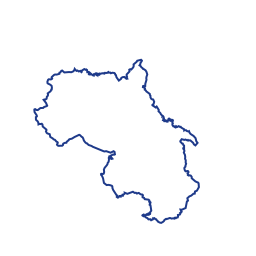 outline of Mezquital del Oro, Zacatecas, Mexico, rotated 125°
{"feature_id": "50627088B62290449256091", "entity_name": "Mezquital del Oro", "entity_type": "district", "adm_level": 2, "iso_a3": "MEX", "parent_name": "Mexico", "parent_adm1": "Zacatecas", "projection": "natural_earth1", "projection_center": [-103.336, 21.194], "detail": "fine", "context": "isolated", "style": "outline", "palette": "blue", "viewbox_px": 256, "rotation_deg": 125, "n_neighbors": 0, "source": "geoboundaries", "source_scale": "gbopen_adm2", "svg_char_len": 5823}
<svg xmlns="http://www.w3.org/2000/svg" viewBox="0 0 256 256"><g transform="rotate(125 128 128)"><path d="M175.7,198.7L176.1,194.0L176.4,193.6L177.8,193.3L178.6,191.9L178.7,191.0L178.0,188.6L179.9,186.5L179.7,183.7L180.0,182.5L179.6,181.1L180.2,178.8L180.0,177.7L180.4,177.0L182.3,176.7L182.5,176.4L182.6,174.9L180.2,171.7L179.2,171.5L178.4,172.0L177.8,172.0L176.5,171.3L175.4,170.0L174.3,170.3L172.1,169.6L171.5,169.8L170.6,169.4L169.0,167.9L166.0,166.6L161.6,164.1L161.4,163.2L161.8,160.9L161.7,159.9L162.2,158.8L163.6,156.9L164.3,154.7L164.4,153.2L164.1,152.7L164.5,150.6L163.6,147.5L163.6,146.2L161.0,134.6L160.7,133.8L159.5,132.6L158.2,128.1L155.3,126.5L155.3,125.3L157.1,123.6L157.9,124.1L157.9,124.4L158.5,125.2L161.1,126.5L162.1,123.2L162.8,123.7L163.2,125.8L162.8,126.8L163.6,126.6L164.4,125.7L166.8,124.5L168.3,124.6L169.3,124.1L170.7,124.0L174.0,124.3L175.9,123.9L177.7,122.3L179.3,121.7L180.0,122.1L180.8,123.6L181.2,123.7L181.9,123.0L182.1,121.9L183.5,119.6L186.8,116.2L187.0,112.8L185.8,111.4L185.1,109.9L184.6,108.1L184.8,107.4L186.3,106.1L187.3,104.5L189.6,98.8L189.5,98.2L190.9,97.7L190.9,96.4L190.5,96.1L188.6,96.0L188.3,95.6L188.6,95.2L188.4,94.6L187.7,94.9L187.1,94.6L186.8,93.9L186.2,94.0L186.1,93.6L185.6,94.0L185.2,93.5L184.0,93.2L183.3,93.1L182.9,93.5L182.3,90.8L177.4,87.4L177.4,85.4L176.5,84.4L176.6,83.1L175.3,82.3L175.0,81.9L175.1,80.3L174.9,79.1L174.3,78.1L174.5,77.2L175.8,76.8L176.4,76.3L176.0,74.8L176.7,73.5L174.9,70.0L175.1,68.9L176.1,68.5L175.9,67.2L176.2,66.8L177.0,67.1L177.5,66.2L178.5,66.2L178.6,65.1L182.4,61.5L184.2,61.6L184.9,61.1L185.2,61.4L185.7,60.9L186.1,61.7L186.5,61.7L186.8,61.1L187.2,61.2L187.7,61.9L187.2,62.5L188.3,62.7L188.2,63.4L189.4,63.6L190.2,64.8L189.9,65.5L191.0,66.1L191.4,66.0L191.4,64.6L190.7,63.9L191.0,62.2L190.7,60.4L191.1,58.8L190.0,57.5L190.3,56.2L189.3,55.9L189.0,55.3L188.5,55.2L187.5,55.6L187.4,55.1L186.7,54.6L187.0,53.6L186.6,52.5L187.0,51.9L187.2,50.2L187.5,49.9L187.3,47.9L186.7,46.4L184.8,45.5L183.4,45.2L182.5,45.4L180.8,44.8L180.7,44.4L180.3,44.3L179.8,43.6L177.8,42.2L177.4,41.4L177.3,40.5L176.2,39.3L175.6,38.0L174.8,38.3L174.5,38.0L174.6,37.4L174.3,37.0L173.7,37.1L172.8,36.0L171.8,36.2L170.6,37.2L169.2,35.9L168.0,36.0L167.7,36.6L166.0,36.0L165.7,36.1L165.5,37.0L164.7,38.2L164.0,37.0L160.5,34.9L154.4,37.6L153.1,37.2L151.5,39.1L148.8,38.5L147.1,37.4L144.3,36.7L143.5,35.7L141.6,36.7L139.8,35.6L135.8,36.0L133.1,38.2L132.5,39.1L133.1,42.1L132.7,46.2L132.6,47.0L131.5,47.8L131.0,49.2L131.3,50.2L132.1,50.9L132.2,51.7L131.7,51.7L131.3,53.0L129.5,53.1L129.1,53.5L128.9,54.2L129.3,54.9L130.3,55.5L130.4,56.3L130.1,57.1L129.0,58.5L128.1,59.0L126.7,58.8L125.8,59.4L123.9,59.9L123.4,60.8L121.3,62.2L120.5,63.6L118.9,64.5L117.4,65.9L116.1,68.2L114.5,68.6L113.7,69.4L113.5,70.4L113.0,71.1L112.5,71.2L112.2,70.6L110.2,72.0L110.2,72.9L109.4,74.1L109.7,74.6L109.2,77.2L108.8,77.6L106.4,77.6L105.4,75.0L104.5,74.3L104.1,72.2L103.4,72.0L103.5,71.1L102.7,70.4L102.4,69.8L102.8,66.1L103.6,64.6L103.6,62.8L100.3,62.5L99.7,64.4L97.6,66.8L96.9,69.7L97.0,73.3L96.5,74.9L95.6,76.2L96.1,76.4L96.7,77.9L96.5,79.1L97.4,80.3L97.2,80.6L97.6,80.7L96.9,81.3L97.1,84.4L96.8,85.5L97.3,85.8L97.4,87.5L98.8,88.2L98.9,89.4L99.8,89.0L100.3,89.3L100.4,90.1L100.0,90.5L100.4,91.0L100.2,91.6L100.6,92.0L100.0,93.4L99.2,94.0L98.4,94.0L98.0,94.9L97.2,95.5L96.3,95.3L95.8,96.0L96.1,96.8L97.2,96.7L97.6,97.1L96.6,98.9L96.7,99.8L97.2,100.0L98.3,98.9L98.8,99.7L100.1,99.2L100.5,99.8L100.0,100.9L100.1,101.4L101.1,101.4L101.6,102.2L100.7,102.8L101.3,103.7L100.7,103.8L100.4,104.3L99.6,104.0L98.4,105.4L98.2,106.1L98.8,106.4L98.4,106.6L98.0,108.1L98.0,108.7L97.2,110.1L96.8,112.6L95.6,113.1L94.2,116.3L94.0,116.8L95.3,117.0L95.4,121.0L95.1,121.2L94.4,120.6L94.0,121.0L93.1,121.0L91.5,121.6L90.2,123.7L90.7,124.8L90.7,125.9L89.9,127.3L88.7,128.1L88.4,129.0L87.6,129.7L87.5,134.0L87.0,135.1L87.0,136.3L85.9,136.7L85.6,137.2L86.0,139.2L85.0,139.7L84.5,139.3L83.7,138.0L81.8,139.2L77.9,140.5L76.7,141.6L75.5,142.2L73.1,142.9L71.4,145.1L70.7,146.7L70.7,148.7L71.0,149.4L70.6,150.3L70.6,151.8L70.0,153.2L70.1,154.5L68.4,154.6L67.6,155.1L65.4,155.1L64.8,155.3L64.6,156.4L67.6,159.0L68.9,158.9L72.7,159.9L73.9,158.9L75.3,158.5L77.1,158.7L78.3,158.9L78.5,159.9L79.5,160.4L80.8,159.2L84.9,159.8L85.7,159.3L86.5,158.3L86.8,158.5L87.4,158.0L88.0,156.9L88.6,157.5L88.3,160.3L89.5,161.6L90.8,162.2L91.8,161.9L94.4,162.7L93.0,166.6L91.6,168.2L91.6,169.1L90.9,169.8L90.8,170.8L91.7,172.5L93.0,173.5L92.8,174.4L93.7,175.4L93.4,176.2L95.0,176.8L96.1,178.6L96.9,178.5L97.1,179.4L97.6,179.6L97.9,180.5L99.4,181.6L99.5,182.2L100.0,182.2L100.1,182.8L100.7,183.3L100.9,183.9L101.1,183.4L101.2,183.8L101.7,183.4L101.8,183.8L102.1,183.6L102.0,184.0L102.6,184.2L102.0,185.5L102.3,185.5L102.6,186.1L103.3,186.0L103.6,186.7L104.7,186.1L105.0,187.0L104.8,189.4L105.4,189.1L106.4,190.5L106.4,191.0L105.8,191.4L104.6,191.6L104.6,192.3L105.6,193.4L104.0,194.8L104.0,195.9L104.7,196.2L104.8,197.6L107.4,198.7L108.0,198.8L108.5,198.1L109.0,198.2L108.6,199.9L109.9,200.7L109.9,202.4L110.8,203.0L110.2,205.5L111.3,205.0L111.7,205.3L112.8,205.2L114.8,206.4L116.0,208.4L119.0,212.0L118.7,214.9L119.4,215.4L121.2,215.3L122.0,215.9L123.0,215.3L125.1,217.0L126.1,218.5L126.9,219.0L130.0,219.7L130.6,219.4L131.0,218.5L131.6,218.5L132.4,219.0L133.6,220.9L134.3,221.1L136.3,220.6L137.4,219.7L137.5,219.1L137.1,216.3L137.3,214.7L138.7,213.4L140.2,212.6L140.4,212.9L142.3,212.5L145.7,213.6L146.7,212.5L147.7,212.2L148.9,212.4L150.7,211.5L152.0,212.0L152.6,212.9L153.3,213.3L154.5,209.5L156.1,207.0L156.6,207.1L159.0,208.8L160.2,209.0L161.9,211.2L165.1,212.2L165.7,213.3L165.8,214.9L166.4,215.3L166.8,215.2L168.6,213.6L170.0,210.0L170.8,209.3L171.9,209.7L173.7,208.4L174.1,207.9L174.3,206.0L174.9,204.7L176.4,203.4L175.5,202.9L175.0,202.0L174.0,201.1L174.2,200.1L175.7,198.7Z" fill="none" stroke="#1e3a8a" stroke-width="2"/></g></svg>